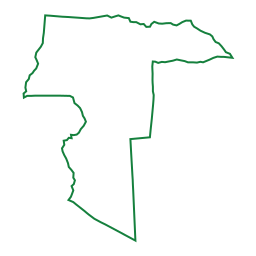 Criciúma, Santa Catarina, Brazil (orthographic projection)
{"feature_id": "56859067B24014053449372", "entity_name": "Criciúma", "entity_type": "district", "adm_level": 2, "iso_a3": "BRA", "parent_name": "Brazil", "parent_adm1": "Santa Catarina", "projection": "orthographic", "projection_center": [-49.374, -28.744], "detail": "fine", "context": "isolated", "style": "outline", "palette": "green", "viewbox_px": 256, "rotation_deg": 0, "n_neighbors": 0, "source": "geoboundaries", "source_scale": "gbopen_adm2", "svg_char_len": 1952}
<svg xmlns="http://www.w3.org/2000/svg" viewBox="0 0 256 256"><path d="M135.4,240.6L133.2,190.6L132.9,184.9L132.7,179.7L132.4,175.1L132.1,169.7L131.2,153.9L130.4,139.1L149.9,137.3L150.7,129.1L151.8,118.8L152.6,110.1L153.1,104.7L153.5,99.6L153.7,95.0L152.9,91.3L152.9,86.8L152.6,82.8L152.5,79.8L152.6,73.6L152.4,69.6L152.3,66.4L152.8,61.5L155.3,61.7L158.2,62.9L161.8,61.9L165.1,62.2L168.6,61.5L172.8,60.7L176.8,59.5L181.1,60.4L184.7,61.1L187.9,62.3L192.6,62.3L197.0,62.6L200.4,61.8L203.1,62.3L209.7,59.6L213.3,57.9L217.3,56.6L221.5,56.9L224.1,56.9L232.4,57.8L229.9,53.8L225.9,52.2L224.2,49.7L221.5,46.2L218.8,43.3L215.6,42.0L213.6,39.3L212.3,36.4L209.9,34.4L205.0,32.8L200.5,30.7L197.0,28.4L194.1,26.7L192.3,24.4L190.8,20.7L186.0,20.6L182.3,22.1L179.4,23.9L176.6,25.4L173.1,24.6L170.7,23.1L166.3,23.2L162.3,23.7L158.8,23.5L154.2,21.8L151.4,24.0L150.0,26.7L146.3,26.9L143.7,24.0L140.4,24.3L136.2,22.1L133.1,22.1L130.4,21.7L128.8,18.1L124.1,17.6L121.1,16.5L118.4,15.4L115.4,16.3L111.4,17.6L107.2,15.5L93.5,17.9L89.6,18.4L86.2,18.3L79.5,17.8L72.2,17.3L68.0,17.0L62.0,16.7L53.7,16.0L50.2,15.7L45.2,15.4L43.8,32.9L43.0,38.3L42.8,43.1L40.8,46.8L38.7,49.5L36.3,52.6L35.3,57.2L36.6,60.0L38.1,63.7L36.2,68.5L34.1,70.7L32.5,73.1L29.7,75.3L28.8,79.0L26.1,82.2L25.4,87.6L26.2,91.3L23.6,93.5L23.9,97.6L27.1,95.9L30.6,95.9L34.5,95.7L37.4,95.7L40.1,95.7L43.2,95.7L52.5,95.7L57.3,95.7L60.8,95.7L69.9,95.9L73.0,97.5L74.5,103.1L77.7,105.6L80.1,108.1L82.0,112.1L82.9,115.8L84.6,118.5L85.9,121.7L83.7,125.8L80.8,129.1L78.9,132.7L76.7,134.6L73.7,135.1L71.0,134.8L71.6,138.2L68.8,137.8L66.9,140.1L63.7,140.7L64.3,144.8L62.0,148.3L62.6,151.4L64.3,155.2L66.2,158.6L68.0,163.2L68.8,167.0L71.3,169.8L73.6,172.9L73.3,177.7L74.9,180.3L73.8,184.1L71.6,186.1L73.3,190.4L72.1,193.7L70.9,196.8L68.5,200.0L73.3,202.1L76.2,204.5L84.6,211.1L86.7,212.9L88.8,214.6L94.4,218.8L97.2,220.3L100.9,222.3L105.2,224.4L131.9,238.7L135.4,240.6Z" fill="none" stroke="#15803d" stroke-width="2"/></svg>